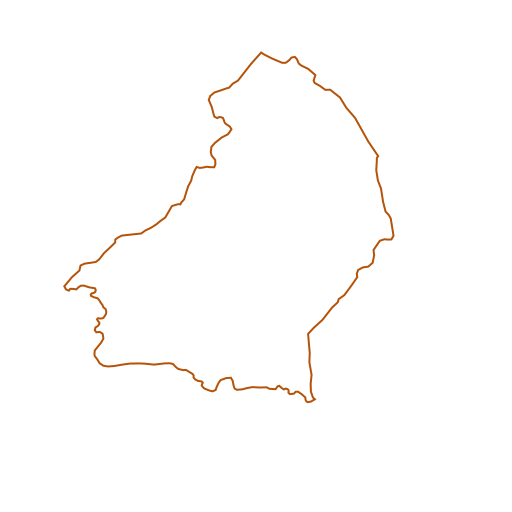 Canelones, Canelones, Uruguay (Mercator projection), rotated 218°
{"feature_id": "84410073B2081197170213", "entity_name": "Canelones", "entity_type": "district", "adm_level": 2, "iso_a3": "URY", "parent_name": "Uruguay", "parent_adm1": "Canelones", "projection": "mercator", "projection_center": [-56.237, -34.531], "detail": "fine", "context": "isolated", "style": "outline", "palette": "amber", "viewbox_px": 512, "rotation_deg": 218, "n_neighbors": 0, "source": "geoboundaries", "source_scale": "gbopen_adm2", "svg_char_len": 3137}
<svg xmlns="http://www.w3.org/2000/svg" viewBox="0 0 512 512"><g transform="rotate(218 256 256)"><path d="M221.2,409.9L238.2,415.4L248.4,419.7L262.9,425.8L276.1,428.4L287.4,432.6L299.9,432.7L303.7,429.6L310.2,429.4L316.3,428.5L318.5,429.6L320.6,435.1L330.0,435.6L337.4,434.0L340.8,434.0L344.9,436.3L348.0,436.8L350.2,434.2L350.4,430.6L351.5,426.6L354.2,424.4L364.5,421.6L373.6,419.8L377.2,419.5L378.2,404.2L378.2,383.1L380.4,377.5L380.8,372.1L382.4,370.0L386.0,364.4L389.5,359.2L390.6,353.9L389.3,349.9L382.5,346.1L379.4,343.7L376.7,341.6L374.5,340.2L371.3,340.9L370.7,342.7L368.9,343.9L367.0,344.4L365.0,343.3L363.6,342.3L362.0,341.6L359.7,341.6L356.5,341.9L353.4,340.8L353.1,337.3L353.1,334.5L354.6,331.3L356.0,328.2L358.0,319.7L358.3,314.5L355.5,309.9L352.7,307.8L347.3,306.6L344.4,303.2L343.6,300.2L346.7,297.8L349.8,296.0L352.0,293.3L354.5,290.8L357.6,289.6L357.1,286.3L355.4,279.7L353.4,275.3L352.4,269.3L350.1,263.0L347.5,256.4L347.8,252.3L347.4,250.1L349.0,249.2L351.3,246.1L353.0,243.5L352.1,237.1L351.2,230.5L353.0,224.4L353.9,220.0L356.1,213.6L358.9,208.0L360.3,203.1L374.3,189.5L376.1,185.7L377.0,182.3L375.3,180.0L376.1,173.8L377.5,165.0L377.5,156.7L378.6,152.6L386.4,144.4L388.4,140.5L386.2,135.8L388.0,126.0L388.4,114.1L385.2,112.7L382.1,113.5L382.2,115.7L379.7,117.6L377.0,119.1L376.7,121.8L375.8,124.7L373.4,126.7L368.2,128.6L363.1,131.4L361.4,130.6L360.5,128.8L361.1,126.9L362.4,125.5L362.5,124.0L361.6,123.0L358.4,123.7L354.6,125.2L352.1,124.6L349.6,123.6L346.7,122.8L344.7,121.6L341.9,121.6L339.6,119.9L338.5,117.9L338.1,113.3L338.9,112.0L340.6,110.6L342.2,109.7L342.3,108.2L340.3,107.4L338.4,107.1L337.5,105.7L337.6,103.2L338.5,100.9L337.3,98.2L334.8,97.6L332.4,100.0L329.1,100.3L327.3,98.8L325.4,96.9L324.7,92.3L324.8,88.2L324.9,82.3L323.0,79.3L321.5,77.9L317.1,76.7L313.2,75.2L308.6,75.6L304.5,77.9L299.8,82.2L294.5,88.1L288.9,93.8L281.4,99.8L277.5,102.6L269.4,107.7L261.8,115.2L257.9,118.4L254.8,119.8L251.3,119.2L247.8,119.1L243.0,121.3L241.1,123.1L237.6,123.5L233.2,124.0L231.5,123.4L230.4,121.8L227.8,121.3L225.0,121.8L221.5,123.7L219.9,123.4L219.6,121.7L219.0,120.5L217.5,120.0L215.0,119.8L209.6,121.4L206.9,122.6L205.3,125.6L206.2,128.0L206.9,130.7L207.4,133.3L207.5,136.4L204.2,141.6L200.8,144.6L197.4,143.2L193.9,140.1L191.2,138.4L188.7,138.8L184.8,142.4L181.9,146.2L178.2,150.4L172.3,154.5L166.7,159.1L163.7,159.6L158.6,163.1L158.7,166.6L157.8,168.0L154.3,167.8L151.9,168.0L150.9,169.9L149.0,170.5L147.5,170.2L146.3,168.3L144.4,168.0L141.4,170.8L141.2,173.4L139.2,175.0L134.8,175.2L130.1,174.9L128.5,173.3L127.1,172.5L125.3,172.6L123.1,175.1L121.4,179.3L124.1,179.6L129.2,182.9L134.3,189.0L139.0,196.5L148.5,205.1L153.9,212.6L163.2,222.6L167.0,226.7L166.3,234.8L164.3,246.6L164.3,262.3L163.6,266.5L163.1,270.0L164.3,272.9L162.3,279.6L162.6,291.4L163.2,301.7L165.6,304.0L166.9,307.9L164.7,312.9L161.0,316.7L159.9,322.5L163.4,329.4L167.1,333.1L167.8,344.2L165.1,348.3L162.2,350.1L159.5,352.4L160.1,356.6L164.6,360.8L173.0,368.6L176.8,370.1L181.3,370.8L189.3,377.0L199.0,386.1L206.5,390.6L214.1,397.7L218.5,404.1L220.0,406.2L221.2,407.8L221.2,409.9Z" fill="none" stroke="#b45309" stroke-width="2"/></g></svg>